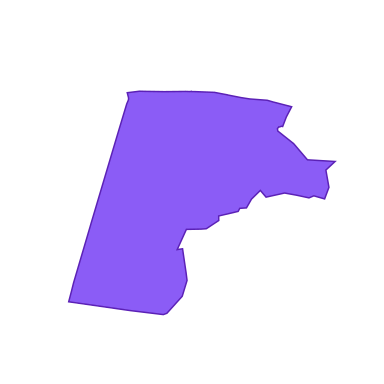 Bergen, New Jersey, United States of America, rotated 256°
{"feature_id": "52423323B23677933151668", "entity_name": "Bergen", "entity_type": "district", "adm_level": 2, "iso_a3": "USA", "parent_name": "United States of America", "parent_adm1": "New Jersey", "projection": "mercator", "projection_center": [-74.048, 40.948], "detail": "fine", "context": "isolated", "style": "filled", "palette": "violet", "viewbox_px": 384, "rotation_deg": 256, "n_neighbors": 0, "source": "geoboundaries", "source_scale": "gbopen_adm2", "svg_char_len": 1002}
<svg xmlns="http://www.w3.org/2000/svg" viewBox="0 0 384 384"><g transform="rotate(256 192 192)"><path d="M153.2,319.0L163.4,326.0L180.9,327.2L187.0,338.2L195.3,311.8L214.2,302.4L230.4,290.0L232.8,290.2L234.2,292.0L233.9,292.8L234.2,294.5L233.6,295.8L242.0,301.7L250.6,309.3L258.1,295.5L258.8,294.2L259.9,292.1L260.0,292.0L262.8,287.2L268.3,270.6L271.7,262.5L277.7,249.7L277.8,249.7L280.5,243.8L283.2,238.0L288.7,219.1L289.5,216.0L289.8,215.9L289.9,214.4L291.1,210.2L296.1,189.2L297.5,184.0L301.0,170.8L302.5,165.4L304.0,153.2L298.8,153.2L297.4,152.9L296.2,152.2L293.3,150.0L265.4,133.4L216.5,104.5L186.0,86.5L183.4,85.0L132.5,55.1L124.8,51.0L115.3,45.8L92.0,103.1L80.0,134.5L80.4,138.3L93.2,157.3L107.4,165.8L114.9,166.7L139.2,169.1L139.7,163.7L157.1,177.5L153.8,191.8L152.9,197.0L157.9,211.1L162.3,212.1L162.0,232.1L164.6,234.4L163.4,241.0L170.7,248.0L177.0,258.7L169.1,262.6L168.6,281.6L163.6,292.7L158.0,304.1L158.8,309.3L153.2,319.0Z" fill="#8b5cf6" stroke="#5b21b6" stroke-width="1.5"/></g></svg>